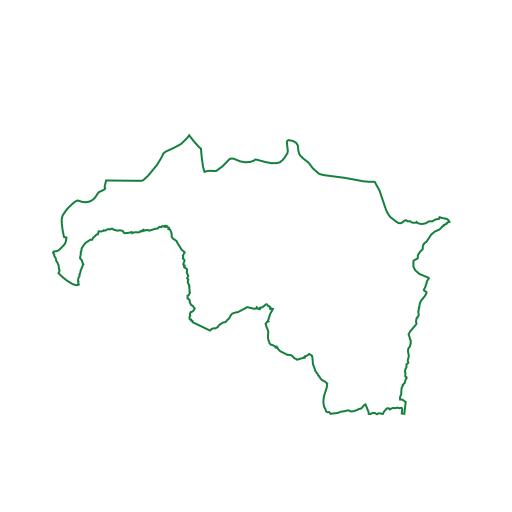 outline of Biblian, Cañar, Ecuador, rotated 21°
{"feature_id": "8360857B93443037342113", "entity_name": "Biblian", "entity_type": "district", "adm_level": 2, "iso_a3": "ECU", "parent_name": "Ecuador", "parent_adm1": "Cañar", "projection": "albers", "projection_center": [-78.972, -2.675], "detail": "fine", "context": "isolated", "style": "outline", "palette": "green", "viewbox_px": 512, "rotation_deg": 21, "n_neighbors": 0, "source": "geoboundaries", "source_scale": "gbopen_adm2", "svg_char_len": 6093}
<svg xmlns="http://www.w3.org/2000/svg" viewBox="0 0 512 512"><g transform="rotate(21 256 256)"><path d="M425.3,214.8L425.0,214.5L415.0,214.2L409.6,212.2L406.7,209.4L404.8,204.3L405.5,202.9L407.6,200.6L407.7,199.5L406.9,197.6L407.0,196.4L407.7,193.0L409.2,189.9L408.3,187.3L408.2,185.5L408.7,183.6L410.1,181.5L411.9,173.1L413.3,170.8L413.9,169.4L417.9,165.4L418.5,163.8L419.1,163.0L419.1,162.0L420.4,160.6L420.2,159.8L420.8,159.6L421.1,158.8L422.3,157.9L422.3,156.6L422.9,156.4L423.2,155.7L424.4,154.8L423.2,153.8L420.6,152.9L418.6,153.5L413.4,154.0L413.3,154.3L413.8,155.4L413.5,155.8L410.6,157.5L408.1,160.5L405.0,161.7L402.9,164.5L401.3,165.6L399.1,166.8L396.7,167.3L395.3,167.3L393.8,166.8L393.8,167.4L390.6,168.7L389.0,168.8L387.4,168.3L385.3,169.3L383.2,168.8L381.7,170.1L380.8,171.9L379.6,173.4L377.4,174.2L375.4,173.9L368.0,171.7L366.8,171.2L363.1,168.5L360.6,166.0L347.9,150.7L340.2,144.2L335.3,146.1L329.4,147.8L311.4,151.1L290.7,156.1L287.2,156.6L285.0,156.6L277.5,153.7L271.6,150.0L264.9,148.0L260.8,146.1L259.3,144.6L257.9,142.6L255.4,137.8L252.9,135.9L249.1,135.4L244.9,136.1L244.1,137.0L244.0,138.7L248.0,146.4L248.5,148.9L247.4,154.2L246.3,157.3L244.6,160.1L242.0,161.9L236.9,163.9L230.3,165.0L222.3,165.8L220.8,166.2L219.8,167.8L217.0,170.2L212.8,172.2L207.5,173.3L200.1,173.2L198.4,173.7L196.6,174.9L192.7,184.1L188.3,191.0L182.1,193.1L178.9,194.9L177.8,195.9L174.8,192.1L170.3,184.0L166.1,175.5L164.1,174.9L156.7,171.1L150.4,167.3L149.4,170.7L145.9,178.3L140.9,184.1L134.4,190.8L132.9,193.1L132.3,199.0L130.9,206.6L126.3,220.2L123.5,225.8L121.8,227.0L89.0,239.2L89.8,245.4L91.1,247.2L89.9,249.1L86.2,253.0L84.7,259.6L83.2,262.4L81.0,264.9L77.8,266.8L74.8,267.7L69.5,268.1L67.9,269.8L66.6,271.8L63.7,277.7L62.4,281.2L61.0,287.2L61.1,289.6L61.6,291.8L63.2,295.6L66.2,301.2L69.9,307.0L71.5,307.0L71.9,306.6L72.5,306.8L73.3,311.0L73.2,313.1L72.5,315.3L70.2,320.6L68.5,322.8L65.5,324.3L65.4,325.7L67.1,326.8L67.5,328.1L70.0,330.1L71.4,332.3L73.3,333.6L75.1,335.6L77.0,339.2L77.5,339.4L77.9,340.1L77.8,342.8L82.1,344.7L87.8,346.6L94.9,348.0L99.1,347.6L100.7,346.3L100.1,345.9L100.1,345.3L99.6,344.9L99.5,343.5L98.6,342.7L98.1,340.2L98.5,337.9L97.8,336.6L98.0,335.3L97.5,332.1L97.7,328.3L97.5,326.2L97.8,325.6L96.8,324.9L94.8,322.3L92.8,321.4L92.4,320.8L91.7,316.8L91.0,315.3L91.1,313.4L90.6,312.1L90.6,310.8L91.5,306.7L92.3,304.6L95.6,300.1L97.2,299.6L97.4,297.3L98.0,296.4L99.5,292.9L100.6,292.5L100.3,289.3L101.8,289.0L103.7,287.9L104.5,287.2L104.7,286.5L106.2,286.3L107.4,284.7L109.0,283.6L110.1,283.6L111.7,282.0L114.2,282.5L114.9,282.2L116.8,282.2L118.6,281.5L119.5,280.8L122.2,280.4L122.9,280.5L124.3,281.7L125.5,281.7L131.1,278.7L131.1,278.3L132.3,278.3L132.5,278.8L133.1,278.1L134.9,277.0L138.1,276.0L139.1,274.7L140.5,274.0L140.7,273.4L140.3,273.3L140.8,272.9L141.5,273.0L141.4,272.1L141.7,271.7L142.9,272.2L145.2,270.6L145.8,270.8L146.4,270.4L147.3,270.6L151.6,267.2L154.3,265.5L155.4,263.4L157.0,263.2L157.8,261.7L158.7,261.7L159.9,260.8L159.9,261.4L160.9,261.4L161.5,261.0L161.6,260.1L162.0,260.0L162.9,260.7L164.5,260.8L164.6,262.3L166.2,262.1L167.6,263.4L169.7,266.1L170.2,268.0L171.9,269.4L176.5,270.5L177.7,271.8L184.4,276.8L188.1,278.1L187.6,282.0L188.5,283.2L188.6,284.6L190.3,285.1L190.9,285.8L191.1,289.8L192.9,290.6L192.3,291.2L192.6,291.9L193.9,292.5L195.3,292.6L196.5,293.3L197.5,296.7L198.6,297.5L199.9,298.9L199.7,301.5L201.2,302.2L201.5,304.6L202.7,306.1L204.0,306.9L204.1,307.9L204.9,308.4L205.0,309.6L206.3,311.6L206.6,313.1L207.5,313.8L207.2,316.6L206.3,317.8L207.0,319.1L207.2,320.1L208.5,320.3L210.2,321.3L210.6,322.7L212.8,324.9L215.0,325.3L217.6,327.0L217.2,329.5L216.0,331.3L215.1,331.8L215.1,334.2L216.0,335.3L215.7,336.6L216.6,338.6L218.3,338.6L218.6,338.9L218.5,339.5L220.0,339.4L220.6,340.5L239.8,342.1L240.5,340.4L241.8,339.0L243.9,338.2L245.0,337.0L245.8,335.9L246.3,333.7L249.0,330.0L251.4,328.4L252.0,326.4L253.3,323.8L253.7,320.4L254.2,318.8L254.7,318.1L257.5,315.8L258.9,315.2L265.2,308.1L266.0,306.9L273.4,305.9L275.0,305.0L275.0,303.7L277.0,304.5L277.9,303.9L278.3,304.4L278.7,304.3L278.7,303.9L278.3,303.3L278.4,302.8L280.5,301.4L282.6,297.6L283.4,297.2L285.7,298.5L286.3,298.2L287.6,298.5L288.2,299.5L287.9,299.9L288.4,300.4L289.5,299.5L290.8,299.4L290.0,305.2L290.4,312.0L291.1,312.6L289.9,313.6L289.8,314.7L289.2,315.6L290.8,317.9L293.7,321.0L294.6,322.3L296.3,327.7L297.2,329.3L299.8,332.5L301.6,333.5L303.0,333.2L306.2,333.6L307.1,334.5L307.4,334.4L307.4,333.5L307.8,333.2L310.6,335.3L312.8,336.2L320.6,337.0L323.4,336.2L324.7,336.1L325.9,336.4L328.4,337.7L330.1,337.7L331.6,338.1L336.5,334.2L338.0,333.5L337.9,332.9L336.5,332.4L337.3,332.5L338.9,331.3L340.8,328.4L344.0,329.1L345.4,331.2L348.0,336.7L349.3,338.0L352.7,342.1L355.9,344.2L357.1,345.4L357.8,345.4L360.0,347.2L361.8,348.1L365.5,348.6L368.2,349.5L369.2,353.6L369.7,362.7L370.7,366.6L371.6,369.0L373.7,372.5L375.6,373.9L377.0,375.9L378.6,376.2L380.2,375.5L382.1,376.6L388.8,373.1L390.9,371.0L393.9,369.4L396.7,367.4L398.5,366.9L400.3,367.2L402.9,365.8L406.0,363.1L406.8,362.0L408.9,360.6L410.4,356.6L411.4,355.3L416.9,361.2L417.8,363.0L419.3,362.6L421.3,360.6L423.3,360.0L425.5,360.4L427.2,358.7L431.0,358.0L431.3,355.4L432.7,351.5L434.4,350.6L435.1,350.7L435.8,351.3L438.1,348.9L440.4,348.2L442.4,346.9L444.2,346.8L445.8,345.7L446.7,345.7L447.5,346.7L448.5,350.8L451.0,350.2L448.1,338.7L445.0,337.8L443.3,337.8L442.0,338.4L441.2,336.9L441.0,334.2L441.2,332.9L440.5,331.4L439.5,328.0L439.2,326.8L439.6,324.3L439.1,323.8L440.3,321.2L440.0,317.3L440.4,316.2L439.9,315.2L439.0,315.1L438.4,314.8L437.4,311.5L436.5,310.7L436.1,308.8L436.3,305.8L435.3,303.2L436.5,301.1L435.2,299.5L434.5,294.5L432.0,290.5L431.4,288.0L432.0,285.5L431.8,282.1L431.4,281.7L430.8,279.4L429.4,278.4L428.9,277.3L426.5,274.4L427.0,271.0L428.8,266.0L430.0,262.5L430.0,261.7L429.6,260.7L428.9,260.0L428.4,257.8L428.3,255.9L428.8,255.5L429.1,252.7L427.4,249.9L427.3,248.1L426.6,246.1L426.9,245.8L426.0,242.0L426.0,239.0L428.1,232.5L428.4,229.5L428.1,228.6L425.2,228.0L424.8,227.3L425.2,224.2L424.9,222.0L425.1,220.5L424.6,218.8L425.3,214.8Z" fill="none" stroke="#15803d" stroke-width="2"/></g></svg>